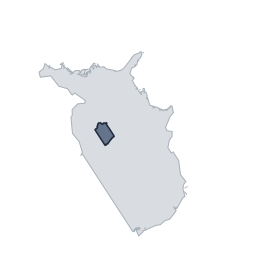 United States of America, with Iowa highlighted, rotated 237°
{"feature_id": "USA-3529", "entity_name": "Iowa", "entity_type": "State", "adm_level": 1, "iso_a3": "USA", "parent_name": "United States of America", "parent_adm1": "", "projection": "natural_earth1", "projection_center": [-94.248, 41.94], "detail": "fine", "context": "in_parent", "style": "filled", "palette": "slate", "viewbox_px": 256, "rotation_deg": 237, "n_neighbors": 0, "source": "natural_earth", "source_scale": "10m", "svg_char_len": 6040}
<svg xmlns="http://www.w3.org/2000/svg" viewBox="0 0 256 256"><g transform="rotate(237 128 128)"><path d="M200.7,92.7L213.8,91.6L218.3,82.1L223.3,83.8L224.0,89.6L227.2,93.5L222.4,94.9L222.2,96.0L221.3,94.6L220.2,96.9L216.5,98.5L214.3,104.4L216.7,106.9L218.1,106.6L217.7,105.5L218.2,106.0L218.4,107.2L214.2,108.0L213.3,106.7L213.0,108.5L208.2,108.9L204.6,111.3L204.9,109.9L204.5,109.1L203.7,112.2L204.8,112.8L204.6,115.5L202.3,118.9L199.6,116.8L201.1,114.6L199.4,116.1L200.2,118.5L201.4,119.9L201.6,121.5L198.8,127.1L199.6,123.5L197.0,120.2L198.4,116.7L196.0,117.8L197.1,123.0L194.7,121.4L193.9,121.5L194.6,119.9L194.5,119.4L193.8,120.7L193.8,121.8L197.5,123.8L196.7,124.7L195.0,122.9L194.4,122.6L196.5,124.8L197.4,125.2L197.0,126.5L195.8,125.5L197.6,127.5L197.2,127.8L196.3,126.8L194.1,126.3L196.9,128.2L198.7,128.1L200.6,132.9L198.9,129.2L199.5,131.6L196.2,131.1L198.7,133.5L199.8,132.8L198.4,135.0L195.3,134.2L197.2,135.4L195.6,136.4L197.6,137.2L194.1,137.7L192.5,141.2L189.2,142.2L183.2,148.5L182.4,147.8L180.2,153.7L180.1,155.1L181.2,159.6L186.0,172.8L184.6,179.7L182.3,180.1L180.0,176.4L179.5,173.3L176.2,169.7L177.2,168.1L175.6,168.2L176.2,163.6L172.3,159.0L166.4,160.1L165.3,157.4L159.5,157.1L160.2,156.1L159.2,157.1L156.6,157.6L156.6,155.6L156.1,157.0L148.2,157.4L151.6,158.4L150.4,160.3L153.0,162.2L151.7,163.2L148.8,160.7L148.6,162.6L144.7,161.8L142.5,159.4L141.2,160.6L135.4,158.7L132.1,161.4L132.9,160.6L131.1,160.0L130.2,163.2L126.7,165.3L127.5,164.7L125.2,164.4L126.0,165.5L123.3,166.9L122.3,170.5L121.1,169.9L122.1,170.9L122.3,174.2L123.3,176.2L122.5,176.9L116.1,174.4L114.7,169.5L108.0,159.8L104.5,159.2L101.1,163.1L97.0,160.5L95.3,156.1L89.9,150.8L83.5,150.8L83.4,152.8L73.2,152.8L60.2,146.6L51.5,147.4L50.5,144.1L47.0,140.9L39.5,138.4L39.7,136.0L34.0,125.3L34.3,124.2L35.5,125.6L34.9,123.3L37.7,123.1L32.4,123.4L28.8,113.4L30.2,108.2L29.3,102.3L31.1,98.4L32.9,87.5L35.5,87.8L32.7,87.2L33.8,84.3L32.8,84.3L31.7,78.2L38.1,79.2L36.4,82.5L38.8,80.2L38.3,82.9L36.7,83.5L37.8,83.6L39.1,82.5L39.8,79.8L38.5,75.6L130.9,75.6L130.9,74.0L132.7,76.6L143.1,79.6L153.7,78.5L168.2,86.1L168.9,88.1L173.9,91.2L175.6,99.0L172.4,105.2L174.1,107.2L186.5,102.3L185.9,99.4L187.0,98.9L193.9,98.7L200.7,92.7ZM209.7,110.2L211.8,109.9L204.5,111.8L210.5,109.5L209.7,110.2ZM38.7,78.2L39.4,79.9L39.3,80.1L38.2,78.9L38.7,78.2ZM123.2,175.6L122.4,172.7L122.5,171.0L122.6,172.8L123.2,175.6ZM222.9,95.1L222.9,96.0L222.6,95.8L222.9,95.1ZM142.6,160.2L142.7,160.9L142.1,160.4L142.6,160.2ZM42.3,141.1L43.2,140.7L43.3,140.8L42.3,141.1ZM41.4,140.9L41.0,141.3L40.7,140.9L41.4,140.9ZM216.1,108.2L215.6,108.7L215.4,108.6L216.1,108.2ZM123.0,169.5L122.5,170.8L123.7,168.3L123.0,169.5ZM184.6,168.4L185.5,171.0L184.4,168.2L184.6,168.4ZM46.7,143.3L47.0,144.0L46.6,143.3L46.7,143.3ZM185.0,180.1L184.3,181.0L185.4,179.2L185.0,180.1ZM200.9,134.6L200.2,135.6L200.7,133.2L200.9,134.6ZM38.0,76.8L37.9,77.3L37.6,77.0L38.0,76.8ZM126.0,166.0L124.8,166.6L126.1,165.8L126.0,166.0ZM218.2,108.4L218.2,109.1L217.5,108.9L218.2,108.4ZM46.5,145.2L46.8,146.1L46.4,145.3L46.5,145.2ZM124.5,167.1L124.0,167.4L124.4,166.9L124.5,167.1ZM201.4,122.5L200.6,123.9L201.5,122.0L201.4,122.5ZM131.7,162.0L130.9,162.5L132.1,161.6L131.7,162.0ZM180.4,154.4L180.3,155.4L180.2,154.7L180.4,154.4ZM197.9,137.4L197.6,137.6L198.4,136.8L197.9,137.4ZM168.5,159.8L167.6,160.4L167.2,160.3L168.5,159.8ZM156.2,157.4L156.1,157.6L155.5,157.6L156.2,157.4ZM178.4,173.4L178.6,174.2L178.2,173.2L178.4,173.4ZM153.7,158.9L153.6,159.6L153.5,158.4L153.7,158.9ZM182.8,182.0L182.3,182.0L183.0,181.8L182.8,182.0ZM204.5,116.0L204.1,116.6L204.5,115.7L204.5,116.0ZM199.6,135.8L199.2,136.0L199.6,135.8Z" fill="#d9dde1" stroke="#a8b0b8" stroke-width="1"/><path d="M126.0,100.2L126.1,99.8L126.1,99.7L125.9,99.6L125.9,99.4L126.4,99.3L127.5,99.3L128.6,99.3L129.7,99.3L130.8,99.3L132.0,99.3L133.1,99.3L135.3,99.3L136.4,99.3L137.6,99.3L138.7,99.3L139.8,99.3L140.9,99.3L142.0,99.3L143.2,99.3L144.3,99.3L144.3,99.5L144.4,99.8L144.5,99.8L144.8,100.0L144.8,100.4L144.6,100.6L144.6,101.0L144.6,101.4L144.7,101.5L144.7,101.8L144.8,101.9L144.9,102.0L144.9,102.3L145.0,102.6L145.3,102.7L145.9,102.8L146.0,102.9L146.3,103.0L146.5,103.4L146.5,103.5L146.4,103.6L146.5,103.8L146.8,104.0L147.1,104.2L147.2,104.3L147.2,104.6L147.3,104.7L147.4,104.8L147.5,104.9L147.9,105.1L148.0,105.2L148.1,105.3L148.1,105.5L148.2,105.9L148.1,106.1L148.1,106.3L148.0,106.5L147.9,106.7L147.7,106.8L147.6,107.0L147.5,107.3L147.5,107.5L147.3,107.7L147.2,107.7L147.2,107.8L146.7,107.9L146.5,108.1L146.4,108.1L145.3,108.3L145.1,108.4L145.1,108.5L144.9,108.9L144.9,109.0L145.0,109.3L145.3,109.5L145.4,109.8L145.5,110.0L145.4,110.2L145.4,110.4L145.0,110.8L144.9,111.0L144.9,111.3L144.8,111.5L144.6,111.7L144.4,111.7L144.2,111.8L143.9,112.0L144.0,112.2L144.0,112.3L144.0,112.5L144.0,112.8L143.8,112.9L143.7,112.9L143.4,112.7L143.3,112.4L143.2,112.4L143.1,112.2L142.9,112.2L142.8,111.9L142.7,111.8L142.4,111.9L142.0,111.9L141.6,111.9L140.6,111.9L139.9,111.9L139.3,112.0L138.0,112.0L137.2,112.0L136.8,112.0L136.3,112.0L135.9,112.0L135.6,112.0L135.2,112.0L134.8,112.0L134.4,112.0L133.5,112.0L133.1,112.0L132.8,112.0L132.0,112.0L131.6,112.0L131.2,112.0L130.8,112.0L130.0,112.0L129.7,111.9L129.3,111.9L129.0,111.9L128.7,111.9L128.6,111.7L128.4,111.5L128.3,111.4L128.3,111.2L128.4,110.9L128.4,110.7L128.5,110.7L128.4,110.5L128.4,110.4L128.4,110.2L128.3,109.9L128.3,109.7L128.3,109.4L128.2,109.3L128.1,109.2L128.3,108.9L128.2,108.8L128.1,108.7L128.1,108.4L128.1,108.2L127.9,108.1L127.9,107.9L127.7,107.8L127.6,107.7L127.5,107.4L127.5,107.2L127.6,106.9L127.6,106.7L127.4,106.4L127.3,106.2L127.3,105.9L127.2,105.8L127.1,105.7L127.0,105.4L126.9,105.2L126.7,105.1L126.7,104.9L126.7,104.7L126.7,104.4L126.5,104.2L126.6,103.8L126.5,103.6L126.4,103.6L126.2,103.5L126.2,103.4L126.2,103.2L126.1,102.9L125.8,102.7L125.7,102.6L125.7,102.4L125.8,102.3L125.8,102.2L126.0,102.1L126.0,101.9L126.0,101.7L126.1,101.4L126.2,101.2L126.3,101.1L126.3,100.9L126.3,100.6L126.2,100.5L125.9,100.4L126.0,100.3L125.9,100.3L125.9,100.2L126.0,100.2Z" fill="#64748b" stroke="#1e293b" stroke-width="1.5"/></g></svg>